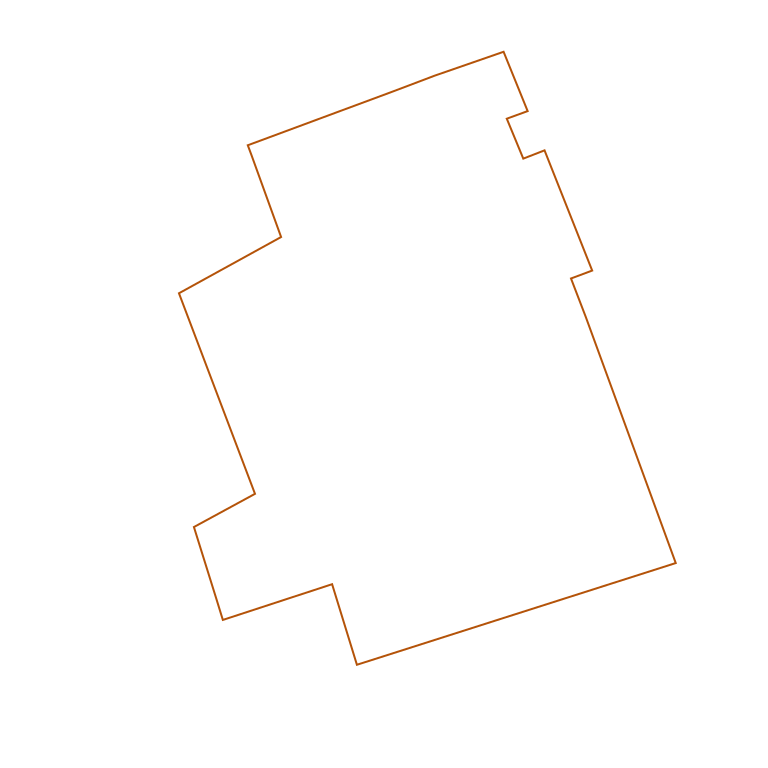 the district of Morrow, Ohio, United States of America, rotated 339°
{"feature_id": "52423323B2612836546555", "entity_name": "Morrow", "entity_type": "district", "adm_level": 2, "iso_a3": "USA", "parent_name": "United States of America", "parent_adm1": "Ohio", "projection": "natural_earth1", "projection_center": [-82.803, 40.529], "detail": "fine", "context": "isolated", "style": "outline", "palette": "amber", "viewbox_px": 768, "rotation_deg": 339, "n_neighbors": 0, "source": "geoboundaries", "source_scale": "gbopen_adm2", "svg_char_len": 454}
<svg xmlns="http://www.w3.org/2000/svg" viewBox="0 0 768 768"><g transform="rotate(339 384 384)"><path d="M150.5,524.4L149.0,546.5L263.8,552.3L258.1,636.4L476.0,649.0L592.2,655.7L596.4,393.8L596.4,352.5L619.0,352.7L617.6,223.4L594.8,223.5L593.7,180.3L615.9,180.7L614.7,116.7L541.7,114.3L496.9,114.1L342.4,112.3L342.3,123.2L340.6,209.9L225.1,225.8L224.6,340.8L224.2,440.3L155.3,449.4L150.5,524.4Z" fill="none" stroke="#b45309" stroke-width="2"/></g></svg>